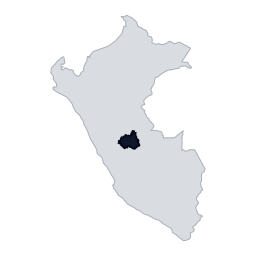 Oxapampa, Pasco, Peru shown in context
{"feature_id": "86281439B19526712257024", "entity_name": "Oxapampa", "entity_type": "district", "adm_level": 2, "iso_a3": "PER", "parent_name": "Peru", "parent_adm1": "Pasco", "projection": "albers", "projection_center": [-75.08, -10.181], "detail": "fine", "context": "in_parent", "style": "filled", "palette": "ink", "viewbox_px": 256, "rotation_deg": 0, "n_neighbors": 0, "source": "geoboundaries", "source_scale": "gbopen_adm2", "svg_char_len": 7612}
<svg xmlns="http://www.w3.org/2000/svg" viewBox="0 0 256 256"><path d="M191.4,67.1L191.3,67.9L190.3,68.3L189.3,67.7L188.0,67.9L185.9,66.0L181.1,66.2L178.9,68.3L175.6,68.8L172.1,69.7L168.1,70.1L161.8,73.5L160.3,74.9L157.5,76.9L155.2,77.6L154.0,83.9L151.7,87.5L150.8,89.6L152.0,92.6L152.0,94.1L150.7,95.3L149.6,95.4L147.5,96.7L144.3,99.5L143.7,101.6L144.8,104.5L144.4,104.8L141.8,105.3L141.8,106.9L141.3,107.5L143.5,109.7L144.7,110.3L144.8,110.9L144.6,111.4L144.1,111.7L144.1,112.2L145.6,113.9L146.8,117.2L149.1,118.9L149.1,120.0L149.8,121.1L151.0,121.9L153.8,125.3L153.8,126.8L150.9,130.4L155.7,130.4L161.0,131.7L161.7,132.3L162.3,133.9L162.4,135.0L163.4,135.8L163.3,137.8L170.3,137.9L174.8,137.5L182.2,131.5L183.3,131.1L182.7,132.4L182.6,133.3L183.0,134.3L182.1,135.8L181.9,150.4L183.2,149.7L184.9,151.1L186.1,151.2L190.1,149.6L194.7,149.9L205.2,169.2L204.2,170.5L204.3,171.5L202.9,172.3L201.6,173.8L201.4,181.4L200.2,183.7L200.8,184.9L201.4,187.3L202.3,188.8L202.6,189.7L202.4,190.1L200.9,190.9L200.8,192.3L198.1,194.9L197.6,196.7L196.6,197.3L196.3,199.4L198.7,202.8L197.1,204.8L195.6,207.7L198.0,214.0L198.9,214.9L200.0,214.9L201.6,215.4L202.4,216.4L200.4,217.5L200.1,218.0L200.2,220.1L198.0,221.6L195.1,225.5L194.4,225.6L192.9,226.8L192.6,227.4L192.9,227.9L194.1,229.1L194.2,230.5L192.1,232.3L190.6,232.4L190.1,232.9L190.6,235.3L190.6,236.4L190.2,237.7L189.1,239.0L186.0,240.4L183.3,240.6L178.6,237.0L177.1,235.5L172.5,232.4L171.8,229.2L170.2,227.6L167.4,226.4L165.1,224.7L163.4,224.0L159.2,220.3L155.3,219.2L148.1,215.3L144.2,214.0L139.2,210.5L136.5,209.5L134.4,207.8L127.8,204.3L126.8,203.2L125.8,201.4L124.3,200.4L122.7,198.0L120.2,196.6L117.9,194.7L115.0,189.7L113.6,188.6L113.5,186.3L112.5,185.3L113.9,184.5L114.8,181.0L114.3,179.2L111.0,174.5L110.3,172.5L107.9,168.8L107.0,166.6L105.0,165.1L104.2,163.7L103.1,163.1L103.0,161.4L102.2,158.2L101.1,156.6L97.2,153.6L96.8,150.3L95.9,148.1L90.4,138.9L87.1,130.1L84.4,125.2L83.3,122.3L83.2,120.8L81.1,118.2L80.0,115.8L75.5,111.3L72.9,106.2L72.5,104.6L70.7,101.8L67.8,98.2L66.3,96.8L57.6,92.4L53.5,89.7L53.0,88.3L53.2,87.5L54.1,86.7L55.3,87.2L56.1,87.0L56.7,86.0L56.6,84.4L55.8,82.5L53.0,78.8L53.7,77.0L50.8,72.7L51.4,68.4L52.0,67.3L56.1,62.9L57.3,61.0L59.0,59.9L60.9,58.1L63.1,56.7L63.7,57.2L64.4,59.5L64.3,61.0L65.0,62.7L63.4,64.3L61.8,64.0L61.1,64.4L60.9,65.1L61.2,66.3L61.6,66.8L62.9,66.8L61.2,69.1L61.4,69.5L62.5,69.9L63.6,69.3L64.8,68.0L65.5,67.8L69.8,70.0L71.7,69.7L73.3,70.7L73.5,72.3L75.6,75.5L78.8,76.2L79.3,75.9L80.0,74.7L80.7,74.5L80.8,72.8L83.5,70.9L83.9,69.6L83.5,68.7L83.6,68.0L85.1,63.8L85.6,63.4L86.1,62.0L86.7,61.2L87.6,56.5L88.4,56.5L89.1,57.6L89.9,57.3L89.5,56.3L89.6,55.9L92.6,52.2L93.6,51.4L108.2,46.2L115.5,40.9L122.0,33.5L124.0,26.1L124.7,26.6L126.0,26.4L125.6,23.5L125.9,22.0L125.8,21.6L123.8,19.8L123.0,17.9L121.2,16.8L121.3,16.4L123.1,16.8L124.8,16.6L126.3,15.4L127.4,15.5L129.8,17.1L131.6,17.3L132.2,18.5L133.9,19.4L136.4,21.9L137.5,24.7L137.4,25.2L138.5,26.7L140.9,27.4L143.3,29.4L145.8,30.1L146.9,32.0L147.5,32.6L147.9,33.6L147.5,34.9L147.8,35.5L149.7,36.6L151.2,36.7L151.6,37.2L152.4,40.3L151.8,41.8L152.1,42.7L154.1,43.5L154.7,44.1L156.3,44.3L158.6,43.6L161.5,44.6L163.7,44.3L164.7,44.0L165.8,43.4L166.6,43.4L168.9,41.5L169.5,41.3L171.9,42.2L173.9,43.6L176.4,43.3L177.5,42.5L179.3,42.1L182.5,43.8L183.2,44.6L184.1,44.7L187.6,46.4L188.2,47.1L190.1,47.7L190.4,48.3L190.3,48.9L181.9,61.4L184.5,62.5L186.8,61.9L188.0,62.7L188.9,64.8L190.7,66.2L191.4,67.1Z" fill="#d9dde1" stroke="#a8b0b8" stroke-width="1"/><path d="M136.2,137.1L136.2,136.9L136.2,136.6L136.2,136.4L136.0,136.2L135.9,136.1L135.7,135.9L135.8,135.8L135.8,135.3L135.7,135.3L135.8,134.9L135.7,134.5L135.6,134.3L135.4,134.0L135.3,133.9L135.3,133.7L135.2,133.6L135.3,133.5L135.2,133.4L135.3,133.3L135.2,133.3L135.2,133.1L135.3,132.9L135.2,132.9L135.2,132.7L134.8,132.6L134.7,132.5L134.2,132.3L134.3,132.0L134.2,131.9L134.1,131.7L134.1,131.4L134.2,131.2L133.8,131.1L133.7,131.0L133.2,130.9L132.9,130.8L132.5,130.9L132.4,131.1L132.3,131.3L132.2,131.4L132.2,131.6L132.2,131.9L132.1,132.0L132.3,132.3L132.2,132.4L132.0,132.5L132.0,132.8L131.9,132.7L131.8,132.8L131.9,133.0L131.7,133.3L131.7,133.5L131.4,133.6L131.2,133.6L131.3,133.8L131.2,134.0L131.2,134.3L131.3,134.3L131.0,134.5L130.9,134.9L131.0,135.0L131.1,134.9L131.2,135.0L131.3,135.1L131.2,135.1L131.2,135.3L131.1,135.5L130.9,135.7L130.6,135.4L130.2,135.6L129.7,135.9L129.2,135.9L129.1,135.6L128.9,135.6L128.6,135.5L128.5,135.4L128.4,135.4L128.1,135.6L127.9,135.7L127.7,135.7L127.4,135.6L127.1,135.6L126.6,135.3L126.3,135.0L126.0,134.9L125.7,134.9L125.4,134.9L125.4,135.0L125.5,135.3L125.7,135.6L125.7,135.8L125.6,136.0L125.4,136.0L125.2,136.1L124.6,136.0L124.2,136.1L124.1,136.4L124.2,136.5L124.3,136.5L124.2,136.7L124.1,136.8L123.9,136.9L123.7,136.8L123.6,137.1L123.4,137.5L123.2,137.4L122.9,137.4L122.5,137.4L122.4,137.4L122.3,137.2L122.0,137.1L121.9,137.0L121.8,137.5L121.8,137.9L121.2,137.9L121.0,138.2L120.9,138.2L120.9,138.3L120.8,138.5L120.7,138.7L120.7,138.8L120.7,139.1L120.5,139.4L120.5,139.5L120.6,140.0L120.5,140.3L120.2,140.5L119.9,140.6L119.5,140.7L119.2,140.6L118.8,140.8L118.8,141.2L118.6,141.4L118.7,141.6L118.6,142.0L118.7,142.6L118.7,142.9L118.6,143.1L118.9,143.1L119.0,143.1L119.3,143.3L119.4,143.0L119.5,143.0L119.8,143.0L120.0,143.0L120.3,142.9L120.3,143.0L120.4,142.9L120.6,143.1L121.0,143.3L120.9,144.0L120.9,144.3L121.1,144.4L121.0,144.5L120.9,144.6L121.0,144.8L120.9,144.9L120.9,145.0L121.0,145.3L121.3,145.4L121.5,145.3L121.8,145.4L121.9,145.5L122.0,145.6L122.3,145.6L122.5,145.5L122.5,145.8L122.4,145.9L122.6,146.0L122.9,146.1L122.9,146.3L122.8,146.6L122.7,146.7L122.6,146.8L122.8,146.9L123.0,147.0L123.1,146.9L123.2,147.1L123.3,147.2L123.4,146.9L123.5,146.9L123.8,146.8L124.1,146.9L124.3,147.0L124.4,147.5L124.3,147.9L124.2,148.0L124.3,148.1L124.4,148.3L124.5,148.2L124.8,147.8L124.8,147.7L124.7,147.7L124.8,147.5L125.0,147.5L125.3,147.8L125.4,148.0L125.6,148.0L125.8,147.9L125.9,147.6L126.1,147.5L126.1,147.3L126.1,147.0L126.3,147.0L126.6,147.0L126.8,147.2L127.0,146.8L127.2,147.0L127.2,146.9L127.3,146.9L127.5,146.7L127.9,146.3L127.9,146.2L128.0,146.1L128.2,145.8L128.3,145.7L128.6,145.9L128.6,146.0L128.8,146.0L128.8,145.9L128.9,146.0L129.0,146.1L129.0,146.4L129.0,146.5L129.2,146.8L129.3,146.9L129.5,146.7L129.8,146.9L130.1,146.9L130.4,147.1L130.5,147.1L130.6,146.7L130.4,146.4L130.5,146.3L130.9,146.7L131.0,147.0L131.6,147.8L131.8,147.8L132.0,147.8L132.3,147.9L132.4,148.1L132.6,148.2L132.7,148.4L132.8,148.5L133.0,148.5L133.1,148.4L133.3,148.3L133.5,148.4L133.5,148.6L133.7,148.8L134.0,148.9L134.3,148.9L134.4,148.7L134.6,148.6L134.9,148.7L135.1,148.7L135.3,148.6L135.3,148.4L135.3,148.2L135.2,148.1L135.3,148.0L135.3,147.9L135.5,147.9L136.0,147.6L136.3,147.6L136.5,147.6L136.7,147.3L136.5,147.0L136.5,146.8L136.8,147.0L136.9,146.9L137.0,146.8L137.1,146.7L137.4,146.6L137.3,146.4L137.7,146.1L137.7,145.9L137.9,146.0L138.1,146.0L138.0,145.9L138.2,145.7L138.4,145.7L138.6,145.5L138.7,145.4L138.9,145.5L139.1,145.5L139.3,145.5L139.5,145.7L139.5,145.9L139.6,145.7L139.5,145.3L139.5,145.2L139.3,144.6L139.3,144.4L139.1,144.2L139.0,143.8L139.0,143.7L138.9,143.6L138.6,143.2L138.3,143.1L138.2,142.9L138.1,142.7L138.3,142.3L138.1,142.3L138.0,142.1L138.1,141.8L138.3,141.6L138.2,141.5L138.1,141.4L138.4,141.3L138.5,141.0L138.4,140.9L138.5,140.8L138.4,140.7L138.5,140.6L138.4,140.3L138.5,140.0L138.4,139.9L138.1,139.8L138.0,139.7L137.8,139.7L137.5,139.7L137.5,139.2L137.4,139.2L137.2,139.0L136.9,139.1L136.7,139.0L136.6,138.9L136.6,138.7L136.5,138.4L136.5,138.2L136.4,138.3L136.3,138.2L136.1,137.9L136.2,137.7L136.1,137.4L136.2,137.1Z" fill="#0f172a" stroke="#020617" stroke-width="1.5"/></svg>